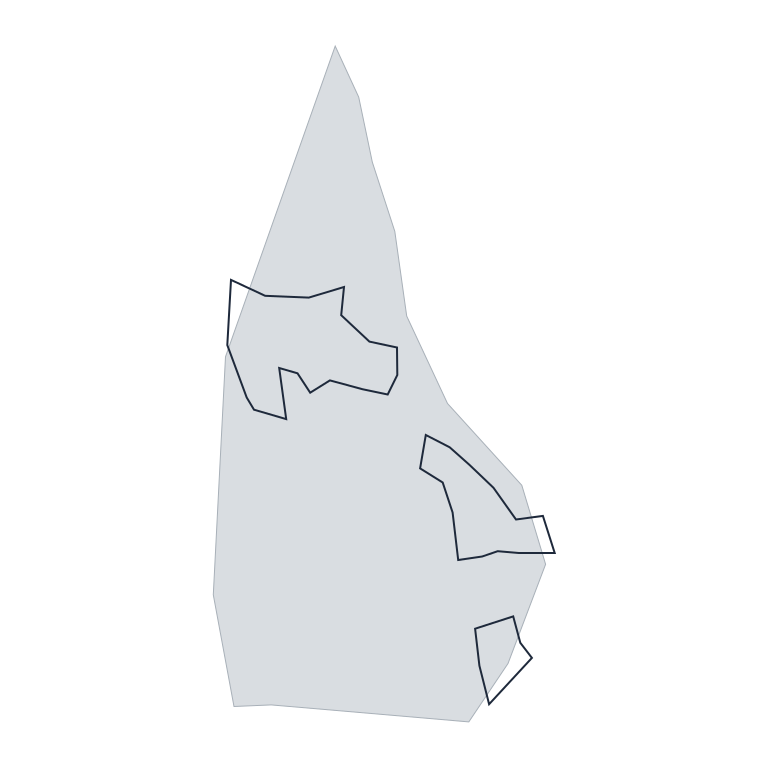 Liechtenstein, with Schaan highlighted
{"feature_id": "LIE-4896", "entity_name": "Schaan", "entity_type": "state/province", "adm_level": 1, "iso_a3": "LIE", "parent_name": "Liechtenstein", "parent_adm1": "", "projection": "robinson", "projection_center": [9.557, 47.13], "detail": "fine", "context": "in_parent", "style": "outline", "palette": "slate", "viewbox_px": 768, "rotation_deg": 0, "n_neighbors": 0, "source": "natural_earth", "source_scale": "10m", "svg_char_len": 861}
<svg xmlns="http://www.w3.org/2000/svg" viewBox="0 0 768 768"><path d="M468.8,721.9L271.2,704.9L234.0,706.5L213.3,594.8L225.5,356.8L335.2,46.1L358.7,97.1L372.3,162.1L394.8,231.4L406.7,316.1L447.5,403.5L521.8,485.3L545.6,564.3L508.0,663.5L468.8,721.9Z" fill="#d9dde1" stroke="#a8b0b8" stroke-width="1"/><path d="M397.0,347.5L397.3,375.0L387.7,394.5L362.4,389.2L329.9,380.4L310.2,392.7L297.5,373.3L279.2,368.0L286.2,419.1L254.0,409.7L246.7,397.5L227.3,345.1L231.0,279.9L265.1,295.8L308.8,297.6L344.0,287.0L341.2,315.2L369.4,341.6L397.0,347.5ZM542.9,515.9L554.7,553.0L518.8,553.0L497.7,551.2L482.2,556.5L458.2,560.0L452.6,512.5L442.7,482.5L420.1,468.4L425.8,435.0L449.7,447.3L469.5,464.9L493.5,487.8L516.0,519.5L542.9,515.9ZM531.9,657.9L489.1,704.2L479.4,665.7L475.1,628.7L513.2,616.4L520.3,642.8L531.9,657.9Z" fill="none" stroke="#1e293b" stroke-width="2"/></svg>